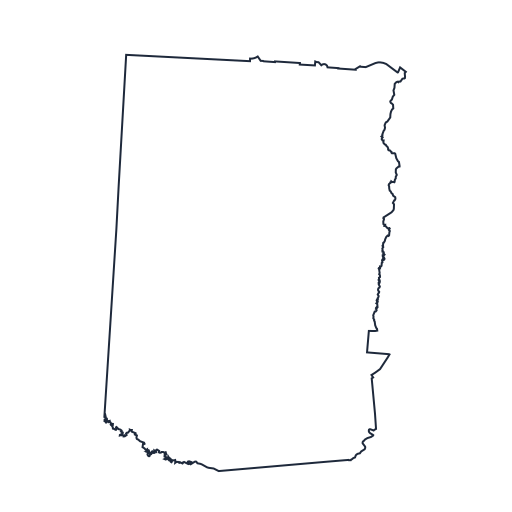 outline of Whitehorse, Victoria, Australia, rotated 85°
{"feature_id": "25037944B93635537501367", "entity_name": "Whitehorse", "entity_type": "district", "adm_level": 2, "iso_a3": "AUS", "parent_name": "Australia", "parent_adm1": "Victoria", "projection": "orthographic", "projection_center": [145.175, -37.829], "detail": "fine", "context": "isolated", "style": "outline", "palette": "slate", "viewbox_px": 512, "rotation_deg": 85, "n_neighbors": 0, "source": "geoboundaries", "source_scale": "gbopen_adm2", "svg_char_len": 6083}
<svg xmlns="http://www.w3.org/2000/svg" viewBox="0 0 512 512"><g transform="rotate(85 256 256)"><path d="M44.3,367.8L174.2,386.7L217.4,392.8L403.9,421.2L402.0,419.9L403.6,419.7L404.5,420.0L404.9,418.8L405.5,418.6L406.8,419.1L405.9,420.3L405.9,421.1L407.2,421.3L407.6,419.9L408.6,420.2L408.9,419.9L407.6,417.7L407.5,416.3L408.6,416.7L408.5,415.9L409.3,415.3L410.0,415.1L411.1,415.5L411.6,415.3L412.0,414.3L410.7,413.7L410.8,413.2L412.1,413.4L412.7,414.3L414.1,413.6L415.5,413.6L415.9,412.4L416.8,411.3L417.0,410.7L416.3,410.1L414.5,410.4L414.2,409.9L416.5,408.0L417.1,406.3L418.2,405.1L418.6,405.0L419.2,405.7L420.2,404.5L420.3,404.1L420.7,404.1L421.4,404.7L422.4,407.2L422.9,407.3L422.6,406.1L423.2,404.8L423.1,402.7L423.4,402.5L424.2,403.0L424.2,402.5L423.1,400.5L421.5,400.9L420.8,400.1L420.9,399.2L420.6,398.6L419.9,398.1L418.8,396.8L418.0,396.8L418.4,396.1L418.5,394.9L419.7,395.2L420.2,395.0L422.0,391.4L422.7,391.4L423.1,392.3L423.3,392.3L424.4,390.3L426.2,390.9L427.5,390.8L428.0,390.5L428.7,389.2L430.4,387.7L432.2,383.8L433.4,383.4L433.6,383.8L433.3,384.9L436.5,385.7L438.0,383.8L439.5,382.8L439.6,382.4L439.2,381.6L440.7,382.0L440.0,380.2L440.3,379.7L441.6,379.5L441.6,381.8L442.9,379.8L443.4,381.1L444.3,381.4L445.4,381.0L446.1,380.2L446.1,379.6L444.8,379.0L444.3,377.9L442.9,378.6L442.8,378.2L443.5,377.5L441.7,376.7L441.5,376.2L441.7,375.9L443.2,375.7L443.3,374.2L442.9,373.9L442.2,374.2L440.9,374.2L442.1,372.7L440.9,372.7L440.2,371.5L441.7,369.5L442.9,370.0L443.5,369.4L443.6,367.9L443.0,367.2L443.2,365.5L443.9,364.5L443.6,363.1L445.5,362.7L445.9,363.0L444.9,363.7L444.8,364.1L447.8,364.6L448.5,363.1L449.1,362.9L449.6,363.1L450.3,364.8L450.9,363.7L450.0,361.3L448.2,360.9L449.2,360.4L450.4,359.0L450.7,359.3L450.6,361.0L451.2,361.0L452.0,360.3L451.7,359.3L453.3,359.0L453.9,358.5L454.1,358.2L453.5,357.7L452.0,357.5L452.5,355.5L452.2,354.3L453.2,354.1L455.0,354.5L454.3,353.3L454.3,351.6L454.6,351.0L455.3,350.6L455.4,350.1L454.8,349.7L456.3,347.3L456.1,347.0L455.3,346.8L454.9,345.6L457.4,341.5L457.3,340.9L457.0,340.7L456.7,341.8L455.9,341.4L455.5,341.9L455.1,341.9L454.8,341.6L454.7,340.5L455.6,338.5L457.5,339.7L457.8,339.3L455.6,335.0L455.5,334.1L455.7,333.4L457.4,332.4L458.2,329.5L458.9,328.1L462.3,323.1L462.9,321.5L464.0,316.7L467.0,311.9L467.1,204.1L467.2,181.6L467.5,181.4L467.7,179.4L467.2,179.1L466.7,177.9L465.8,176.7L465.3,174.9L463.3,174.0L462.5,173.1L461.9,171.9L461.6,169.7L459.9,168.3L458.0,164.6L456.6,163.9L455.4,163.9L451.9,166.1L450.8,166.0L450.1,165.6L449.6,164.7L448.3,163.4L447.1,160.9L446.3,157.2L445.1,155.0L444.7,154.8L444.3,155.2L442.5,157.7L441.4,158.6L440.2,158.9L438.9,158.6L438.5,158.0L438.6,157.1L440.1,154.0L439.6,153.4L438.7,151.5L423.7,151.2L388.0,151.4L387.2,149.9L384.6,151.3L382.7,147.6L379.5,142.3L368.5,133.6L365.7,131.6L365.4,132.1L361.7,153.8L340.5,150.1L341.1,143.8L340.9,141.7L339.1,141.8L338.1,142.5L335.4,143.3L331.5,143.5L330.7,144.0L329.8,143.8L328.1,144.6L327.0,144.2L325.3,144.4L321.7,142.6L321.7,141.6L320.7,140.6L319.6,140.7L319.2,141.1L318.9,140.8L318.1,140.9L317.4,140.2L317.5,139.8L317.9,139.6L317.7,139.4L314.1,139.4L313.8,139.6L313.8,140.0L313.6,140.2L312.7,139.0L311.6,138.6L310.8,138.9L311.5,139.5L310.7,139.7L309.8,139.1L309.5,138.3L308.7,138.5L308.1,137.9L306.6,137.3L305.0,138.1L303.7,137.3L303.2,136.6L302.3,136.4L301.1,137.3L299.8,137.3L298.8,136.8L298.1,135.7L297.1,135.3L295.1,136.2L293.8,135.5L293.4,136.2L293.0,136.0L293.0,135.6L292.5,134.9L290.9,134.9L290.7,135.2L290.8,135.9L290.5,136.0L289.5,135.4L288.3,135.4L287.9,134.4L287.0,134.2L285.7,134.3L284.9,134.9L283.7,134.3L280.1,134.5L279.1,134.9L278.7,134.6L279.0,133.5L277.2,133.4L277.3,132.4L276.7,131.8L273.8,131.3L273.4,130.6L271.2,130.8L270.5,130.3L270.9,129.8L270.5,129.5L271.0,129.1L270.8,128.6L270.0,128.2L269.1,128.5L269.4,129.1L267.8,129.7L267.0,129.0L267.1,129.6L266.8,129.7L265.8,127.9L265.1,128.3L264.9,129.0L264.4,128.5L263.4,128.4L262.9,129.1L262.8,129.6L261.9,129.7L261.6,129.3L259.6,129.5L258.2,128.4L257.8,128.6L257.8,128.9L256.7,129.0L256.5,128.5L254.8,128.3L254.3,127.9L253.9,128.0L253.3,127.1L252.1,126.3L250.7,125.9L248.4,124.6L247.1,123.1L247.6,122.2L247.0,121.6L243.8,121.0L242.8,120.5L241.7,121.3L240.9,121.0L240.4,120.4L239.8,120.7L239.8,121.1L240.2,121.9L239.5,122.8L237.6,124.2L237.2,125.5L236.1,124.8L236.0,125.6L235.3,126.3L232.7,126.2L230.6,125.3L230.0,125.3L229.6,125.8L228.7,125.6L224.3,117.2L222.3,115.1L221.1,114.6L216.5,114.0L215.1,115.0L213.0,113.7L212.6,113.4L212.6,113.0L211.8,112.4L210.9,112.1L209.5,112.2L207.9,114.1L206.1,114.5L205.3,115.5L203.4,116.2L202.5,117.1L200.2,117.4L198.2,117.3L197.0,117.7L195.9,117.2L195.0,115.9L194.5,115.8L194.5,115.3L193.4,114.8L194.2,114.0L194.2,112.6L194.6,111.8L194.3,111.5L192.1,111.0L190.8,110.0L189.3,109.9L187.5,108.7L184.9,109.5L181.8,109.1L180.9,108.4L179.1,105.8L179.4,105.6L179.4,105.2L179.0,105.1L174.8,105.4L174.0,106.3L170.9,107.7L166.2,108.4L165.7,109.0L165.5,111.6L164.8,112.1L164.0,112.0L163.5,112.7L162.5,113.4L162.2,114.7L161.5,115.1L160.7,114.9L158.9,115.4L157.4,116.7L156.5,117.0L156.2,117.8L154.8,119.0L154.0,119.2L152.0,118.8L151.9,119.9L150.6,120.6L149.9,120.4L148.8,119.5L147.9,120.6L147.1,119.7L146.5,119.4L146.0,119.6L144.5,118.9L142.4,117.9L141.5,117.0L139.5,116.3L136.9,116.5L134.8,115.4L134.0,114.7L133.6,113.5L129.7,110.2L126.3,109.7L123.9,108.9L121.9,107.7L121.0,106.4L117.3,106.3L116.1,107.2L115.3,108.3L114.0,108.8L113.1,108.4L112.0,107.0L109.1,105.8L107.5,104.2L103.0,104.6L100.5,103.4L96.6,102.8L95.1,101.1L94.8,100.3L94.7,99.7L95.3,99.0L94.7,98.4L94.8,96.9L92.2,94.7L92.0,93.5L92.1,92.8L91.8,92.2L90.5,91.9L86.7,91.9L85.6,90.7L80.7,96.0L85.4,98.5L85.5,99.0L76.1,109.5L74.7,112.4L74.0,115.2L73.8,117.4L74.2,120.2L77.4,130.2L76.5,135.7L76.1,135.9L78.5,140.7L79.1,140.6L76.4,157.7L76.0,157.6L74.3,168.3L72.5,168.7L71.2,170.0L70.8,171.1L70.8,172.2L71.0,173.2L71.7,174.3L68.6,176.6L68.3,177.2L68.1,178.8L67.4,180.0L71.3,180.7L69.1,195.7L67.6,195.4L63.8,220.1L64.5,220.2L62.7,231.4L62.3,231.9L62.0,234.3L57.4,236.9L58.3,238.8L58.8,240.7L59.0,242.7L58.8,244.7L61.4,245.0L44.3,367.8Z" fill="none" stroke="#1e293b" stroke-width="2"/></g></svg>